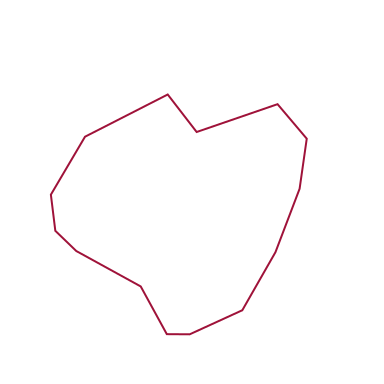 Arxust, Töv, Mongolia (Mercator projection), rotated 132°
{"feature_id": "93677404B33334690318277", "entity_name": "Arxust", "entity_type": "district", "adm_level": 2, "iso_a3": "MNG", "parent_name": "Mongolia", "parent_adm1": "Töv", "projection": "mercator", "projection_center": [107.97, 47.468], "detail": "fine", "context": "isolated", "style": "outline", "palette": "rose", "viewbox_px": 384, "rotation_deg": 132, "n_neighbors": 0, "source": "geoboundaries", "source_scale": "gbopen_adm2", "svg_char_len": 341}
<svg xmlns="http://www.w3.org/2000/svg" viewBox="0 0 384 384"><g transform="rotate(132 192 192)"><path d="M288.4,295.1L312.3,267.6L313.3,238.5L296.5,166.9L314.5,115.6L299.3,98.5L246.2,75.5L180.9,89.7L117.6,114.2L75.6,142.4L69.5,187.2L144.3,228.7L135.8,275.3L222.5,308.5L288.4,295.1Z" fill="none" stroke="#9f1239" stroke-width="2"/></g></svg>